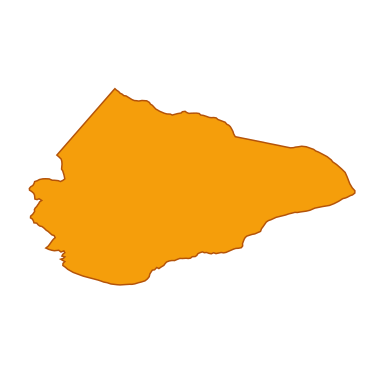 Santa Cruz do Arari, Pará, Brazil (Equal Earth projection), rotated 94°
{"feature_id": "56859067B39601513417759", "entity_name": "Santa Cruz do Arari", "entity_type": "district", "adm_level": 2, "iso_a3": "BRA", "parent_name": "Brazil", "parent_adm1": "Pará", "projection": "equal_earth", "projection_center": [-49.293, -0.555], "detail": "fine", "context": "isolated", "style": "filled", "palette": "amber", "viewbox_px": 384, "rotation_deg": 94, "n_neighbors": 0, "source": "geoboundaries", "source_scale": "gbopen_adm2", "svg_char_len": 2980}
<svg xmlns="http://www.w3.org/2000/svg" viewBox="0 0 384 384"><g transform="rotate(94 192 192)"><path d="M95.9,277.4L164.6,329.4L166.1,327.4L168.3,324.8L170.6,324.0L173.3,323.6L178.3,323.7L180.0,322.4L184.2,320.8L187.8,319.8L189.4,321.6L190.7,323.9L190.0,326.4L189.9,330.0L190.0,332.3L188.9,335.4L189.0,339.1L189.3,341.8L190.2,345.1L191.5,347.1L192.6,349.7L194.4,350.1L196.6,351.2L198.0,353.2L199.8,354.5L201.5,354.2L202.6,352.1L204.3,349.9L206.1,348.9L210.0,348.2L210.4,346.0L209.4,344.1L210.9,341.3L212.6,343.4L214.3,344.1L215.8,345.1L217.3,345.9L218.9,347.3L220.6,348.0L222.3,347.6L223.9,348.5L225.4,349.4L227.3,351.3L229.1,351.3L230.1,349.4L231.9,348.2L233.8,347.5L233.9,344.7L235.3,343.4L236.5,341.6L236.9,339.2L238.4,337.0L240.3,334.8L241.3,332.9L244.5,328.8L245.1,326.5L247.1,325.3L248.7,326.9L250.4,328.1L254.3,330.5L256.0,331.6L258.1,333.9L259.2,331.0L259.9,327.8L260.2,325.2L259.4,320.9L261.0,318.5L259.7,315.7L261.4,314.6L263.2,316.6L265.0,317.3L265.6,314.3L267.2,315.7L268.2,318.3L269.3,316.1L270.3,314.0L272.2,315.7L274.3,315.7L275.8,313.2L277.8,310.5L280.5,304.9L283.5,294.7L284.7,288.5L285.6,283.7L286.4,279.5L287.1,276.8L288.0,273.7L288.4,270.3L289.4,266.5L289.7,260.4L289.7,257.3L288.4,247.8L288.3,245.5L287.6,242.6L286.2,239.0L285.4,236.5L283.9,232.7L281.8,230.4L279.5,228.8L276.6,228.3L274.4,227.1L272.7,226.1L272.2,223.9L269.8,221.9L270.7,219.7L269.0,217.6L267.2,215.0L265.4,213.9L263.6,212.5L262.3,209.7L261.8,207.5L261.6,204.6L260.5,202.5L259.1,199.5L259.0,196.7L258.5,193.3L258.6,191.1L258.1,188.9L256.5,187.2L256.2,184.4L255.0,182.8L253.3,182.0L252.2,180.3L251.0,177.5L251.7,175.5L251.3,173.2L252.0,170.9L252.3,168.5L251.1,166.1L251.8,163.8L250.3,158.7L250.5,156.2L249.9,153.9L246.1,146.6L245.2,144.3L244.9,141.8L244.1,138.9L242.3,137.7L239.9,138.0L235.6,136.7L233.6,135.7L232.1,134.1L230.1,129.1L229.4,126.4L226.5,120.9L223.8,120.1L221.8,118.8L216.8,115.8L215.2,113.8L214.2,111.4L211.4,106.3L208.4,97.0L207.1,94.0L206.1,90.8L205.1,87.9L205.1,85.5L204.4,82.8L203.1,76.6L202.0,73.1L199.5,68.3L197.4,60.7L196.7,57.7L195.8,53.9L193.6,49.3L191.0,45.0L188.1,41.1L187.2,38.4L186.3,36.6L184.5,33.7L183.7,31.7L181.7,29.5L179.4,29.6L176.6,32.5L172.7,35.2L166.1,38.3L161.8,40.6L158.8,44.1L154.5,49.7L152.1,53.8L150.3,55.3L147.3,59.7L143.3,68.7L142.4,71.5L141.0,73.6L138.9,81.2L138.7,85.8L139.5,89.2L140.0,91.9L140.7,93.9L141.1,96.8L133.8,152.7L131.1,154.5L128.7,155.4L126.1,157.0L124.1,158.4L122.8,160.0L122.0,162.0L120.1,163.8L117.9,171.1L116.4,173.1L116.2,175.6L116.5,177.9L116.4,180.0L115.6,182.8L114.8,186.0L114.6,188.7L113.2,190.3L113.0,193.1L113.4,197.6L113.8,200.6L113.1,202.8L112.0,204.5L112.6,207.2L114.0,208.5L114.8,211.9L116.6,217.1L115.8,219.1L115.9,222.5L115.4,225.0L113.8,229.7L111.7,234.0L108.3,237.6L107.3,239.5L105.6,240.8L104.2,243.5L104.2,248.3L105.0,251.5L104.8,253.7L104.8,255.9L104.0,258.3L100.8,264.4L100.6,266.8L99.4,268.3L98.4,270.7L96.9,272.2L95.6,274.5L94.3,276.1L95.9,277.4Z" fill="#f59e0b" stroke="#b45309" stroke-width="1.5"/></g></svg>